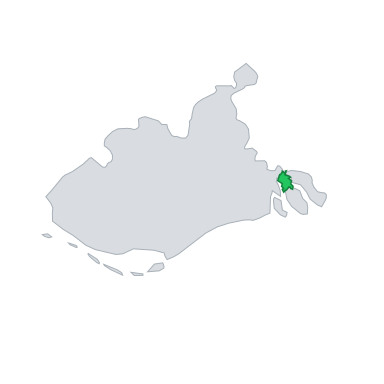 location of Reimerswaal, Zeeland, Netherlands, rotated 222°
{"feature_id": "6326949B12862747379665", "entity_name": "Reimerswaal", "entity_type": "district", "adm_level": 2, "iso_a3": "NLD", "parent_name": "Netherlands", "parent_adm1": "Zeeland", "projection": "orthographic", "projection_center": [4.116, 51.444], "detail": "fine", "context": "in_parent", "style": "filled", "palette": "green", "viewbox_px": 384, "rotation_deg": 222, "n_neighbors": 0, "source": "geoboundaries", "source_scale": "gbopen_adm2", "svg_char_len": 4839}
<svg xmlns="http://www.w3.org/2000/svg" viewBox="0 0 384 384"><g transform="rotate(222 192 192)"><path d="M237.8,323.8L232.0,323.7L226.5,323.7L223.6,323.3L220.5,322.0L219.0,319.1L217.2,315.7L217.6,313.6L222.6,307.6L223.4,305.9L222.8,305.0L223.3,302.4L227.0,293.4L227.4,289.8L225.6,287.3L223.1,285.9L214.8,283.4L210.8,279.8L208.9,276.5L207.1,275.7L204.4,276.8L197.7,278.1L192.1,276.5L185.5,270.4L183.9,264.9L183.1,260.7L181.5,259.3L179.3,261.5L176.6,264.9L171.1,265.4L169.6,264.6L169.3,262.7L168.9,260.9L167.4,258.7L165.8,257.4L158.9,263.8L156.4,263.8L153.1,261.4L151.5,259.0L147.9,260.4L144.7,263.3L145.9,268.9L144.1,269.9L140.2,269.4L135.7,267.1L130.8,265.8L123.2,261.9L112.7,265.0L105.4,261.3L99.4,260.9L95.6,257.9L91.6,252.9L94.5,249.6L97.3,248.5L108.4,248.0L116.4,250.0L130.9,260.8L134.6,260.7L138.4,259.3L136.5,256.4L132.8,255.0L127.4,252.1L123.2,248.0L133.2,246.7L131.8,244.6L130.5,241.0L119.9,228.4L121.7,225.0L124.4,217.7L127.7,211.7L130.3,210.1L134.7,205.8L144.0,193.2L149.9,182.9L154.3,170.7L160.5,137.2L162.3,131.5L165.3,125.1L169.2,126.3L171.9,128.1L181.4,123.2L197.5,110.6L202.1,99.7L206.7,94.7L225.1,84.6L235.3,81.4L251.1,80.2L262.5,78.1L276.1,77.0L281.6,82.8L284.8,87.1L289.8,89.3L297.5,90.7L297.4,99.3L298.2,116.4L297.7,119.5L294.6,126.9L291.5,140.0L290.8,148.5L289.8,150.2L275.2,150.7L273.1,152.2L272.9,154.1L273.7,156.3L273.5,158.5L272.4,160.3L273.1,163.1L275.8,166.2L280.5,168.0L285.5,168.0L288.0,167.6L290.0,169.8L292.0,173.2L292.0,177.7L291.5,183.7L289.4,189.3L282.8,195.9L279.8,198.2L277.0,199.5L275.7,201.2L275.1,203.4L275.3,205.3L280.4,210.2L280.3,211.4L279.0,214.1L277.2,216.6L264.8,222.3L259.5,222.0L256.6,224.7L255.7,225.2L252.3,222.9L244.9,220.4L242.2,221.4L240.7,223.0L236.1,224.9L232.8,227.9L232.9,231.5L239.1,240.9L241.2,242.7L241.4,246.2L244.4,250.6L247.4,256.1L247.9,259.6L247.6,263.3L246.2,268.4L241.4,280.4L241.4,282.7L241.9,284.5L243.7,284.9L245.1,285.8L244.7,287.4L235.2,295.9L234.0,297.4L230.0,297.1L229.4,298.5L230.0,300.7L231.6,302.6L235.1,303.5L238.1,305.6L240.6,309.6L237.8,323.8ZM135.7,267.1L134.9,270.6L132.7,274.4L125.1,279.8L117.2,283.4L113.2,283.0L110.4,281.1L108.9,279.1L104.7,277.2L98.9,276.2L95.3,278.2L92.7,280.1L90.4,279.8L88.7,278.1L87.5,275.6L85.8,267.7L90.2,266.3L99.5,265.8L106.7,268.6L116.2,270.0L123.5,266.3L129.2,269.5L135.7,267.1ZM120.0,234.9L125.5,239.9L126.7,241.5L127.1,243.2L120.1,245.2L112.7,239.0L107.7,240.5L105.9,237.6L105.9,235.7L111.0,234.2L120.0,234.9ZM171.7,113.3L166.3,119.8L163.0,118.0L162.0,116.5L163.6,111.5L171.6,103.0L171.7,113.3ZM195.3,84.2L190.2,85.0L187.9,83.8L200.1,80.0L207.8,78.7L209.2,79.2L195.3,84.2ZM227.9,76.9L217.3,78.6L213.6,77.6L213.0,76.5L215.9,75.8L225.0,75.5L227.9,76.3L227.9,76.9ZM183.6,91.5L173.6,98.3L172.7,97.2L179.1,91.3L183.6,91.5ZM271.3,64.3L266.2,64.8L267.6,62.3L272.2,60.3L274.7,60.2L271.3,64.3ZM249.7,71.5L242.2,74.8L240.4,74.3L240.8,73.3L247.4,71.2L249.7,71.5Z" fill="#d9dde1" stroke="#a8b0b8" stroke-width="1"/><path d="M120.8,263.9L122.2,264.0L124.0,264.1L124.9,265.7L125.6,266.8L127.4,266.8L129.4,266.7L129.0,267.8L128.7,268.9L129.2,268.8L129.3,268.8L129.4,268.7L129.5,268.7L129.8,268.7L130.0,268.7L130.4,268.7L130.5,268.7L130.8,268.6L131.0,268.6L131.3,268.4L131.5,268.3L131.6,268.2L131.8,268.2L132.0,268.1L132.3,267.9L132.5,267.9L132.8,267.8L132.8,267.7L133.0,267.6L133.2,267.4L133.3,267.4L133.5,267.4L133.8,267.2L134.0,267.1L134.3,267.0L134.5,267.0L134.8,267.2L134.8,267.4L134.8,267.7L134.9,267.8L135.0,268.0L135.1,268.3L135.1,268.5L135.2,268.8L135.3,268.9L135.3,269.0L135.4,269.3L135.5,269.4L135.5,269.5L135.7,269.8L135.8,269.9L135.8,270.0L136.0,270.1L136.1,270.3L136.3,270.4L136.3,270.5L136.6,270.1L135.8,269.6L135.5,269.1L135.4,268.8L135.3,268.4L135.2,268.3L137.2,268.2L138.5,268.1L138.5,267.6L138.4,267.5L138.5,267.5L138.4,267.4L138.1,267.4L138.0,267.1L138.2,266.2L138.2,265.9L138.0,265.1L137.9,264.6L137.9,264.4L137.9,264.2L138.0,264.2L138.2,263.9L138.3,263.8L138.4,263.7L138.5,263.6L138.4,263.4L138.3,263.1L136.7,259.5L135.9,257.8L135.1,257.9L130.5,258.6L129.2,256.2L128.0,256.1L126.3,255.9L126.7,254.4L126.4,254.2L126.2,254.2L125.9,254.1L125.7,254.0L125.6,253.9L125.4,253.9L125.2,253.8L125.0,253.7L124.9,253.7L124.6,253.6L124.4,253.5L124.2,253.5L124.1,253.4L123.9,253.4L123.7,253.3L123.6,254.3L123.6,255.2L123.7,255.3L123.8,255.5L123.8,255.8L123.7,255.8L123.7,256.0L123.4,256.2L123.3,256.3L123.2,256.3L123.1,256.7L123.1,256.9L123.1,257.1L123.2,258.0L123.2,259.1L123.2,259.3L123.2,259.8L123.2,260.2L123.3,260.5L123.2,260.5L122.9,260.7L122.9,260.8L122.9,260.7L122.8,260.8L122.7,260.8L122.6,261.0L122.4,261.3L122.3,261.2L122.2,261.2L121.8,261.0L121.7,260.9L121.3,260.8L121.2,260.8L121.1,260.7L121.0,260.8L120.9,260.8L120.7,260.8L120.4,260.8L120.1,260.9L120.0,261.0L119.8,261.1L119.7,261.1L119.5,261.3L119.4,261.3L119.3,261.5L119.2,261.5L119.6,262.1L120.8,263.9Z" fill="#22c55e" stroke="#15803d" stroke-width="1.5"/></g></svg>